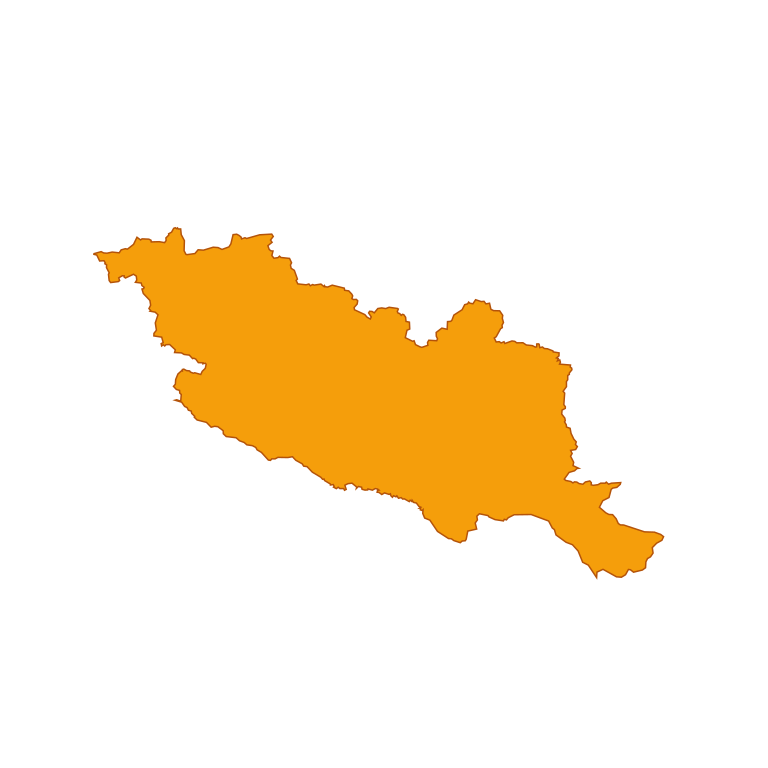 Taunggyi, Shan, Myanmar, rotated 115°
{"feature_id": "60261553B67272669909031", "entity_name": "Taunggyi", "entity_type": "district", "adm_level": 2, "iso_a3": "MMR", "parent_name": "Myanmar", "parent_adm1": "Shan", "projection": "robinson", "projection_center": [96.903, 20.784], "detail": "fine", "context": "isolated", "style": "filled", "palette": "amber", "viewbox_px": 768, "rotation_deg": 115, "n_neighbors": 0, "source": "geoboundaries", "source_scale": "gbopen_adm2", "svg_char_len": 6152}
<svg xmlns="http://www.w3.org/2000/svg" viewBox="0 0 768 768"><g transform="rotate(115 384 384)"><path d="M487.0,566.5L486.0,559.7L488.6,555.2L488.6,552.5L490.4,550.2L490.0,547.3L491.9,545.9L493.3,541.9L494.3,541.9L495.6,538.2L493.8,528.7L496.2,522.4L493.9,519.6L492.9,516.5L494.3,510.0L497.0,508.6L498.3,504.8L495.2,495.3L496.5,491.0L496.1,486.0L497.1,482.6L495.5,477.2L495.7,473.4L497.3,471.2L497.8,466.2L501.8,456.7L501.2,454.6L499.3,454.1L497.9,451.1L495.3,449.1L491.3,440.1L488.6,436.2L490.4,431.7L490.9,424.4L492.4,422.1L491.4,418.8L494.2,411.7L495.2,401.9L496.3,399.4L495.5,398.1L496.6,397.1L497.3,390.4L498.2,389.9L496.6,387.5L497.8,385.9L498.8,386.2L499.0,383.0L496.9,381.9L497.4,379.8L495.8,376.3L497.0,374.9L495.5,373.7L492.3,376.7L489.6,374.6L487.4,371.1L488.9,365.2L490.3,364.9L487.7,363.9L487.0,360.7L488.7,359.4L488.2,356.4L486.9,354.0L485.9,354.2L485.1,349.6L482.5,347.8L481.9,345.4L482.3,343.7L483.2,344.9L485.0,344.5L484.4,342.7L485.1,339.3L482.5,337.5L481.9,332.7L480.8,331.8L482.4,330.5L483.1,328.5L481.2,328.1L481.2,325.5L479.9,325.1L481.4,322.6L479.7,320.4L480.4,318.4L479.5,317.1L479.9,311.4L478.3,311.2L478.7,309.2L477.5,309.4L478.8,307.2L478.2,304.3L480.2,300.6L480.1,298.5L481.4,299.2L481.0,298.5L482.7,297.9L482.5,296.0L481.4,295.5L484.9,294.2L488.3,290.5L488.0,284.9L495.0,273.2L496.8,260.2L495.8,257.5L496.4,254.5L495.6,247.8L493.3,246.8L491.7,244.1L489.9,243.9L481.9,245.9L476.3,238.7L471.4,242.6L467.7,241.9L464.6,244.0L461.3,242.7L459.3,234.1L460.1,232.7L460.0,226.1L457.6,217.9L455.8,217.8L455.4,215.6L452.7,214.9L447.5,210.8L440.1,195.5L438.6,176.9L443.4,170.6L443.9,168.1L448.1,164.3L450.5,152.1L450.0,145.3L453.3,137.5L461.6,128.6L461.8,122.3L469.6,109.5L464.5,111.5L459.4,107.2L460.5,91.8L458.8,87.2L454.8,84.5L448.8,84.1L448.2,82.2L449.1,78.3L443.4,71.2L440.0,69.3L434.5,71.5L430.8,71.4L428.0,69.4L423.5,68.7L418.9,71.7L413.0,69.6L408.2,66.1L404.2,66.1L403.4,69.7L404.0,76.3L407.9,85.4L410.5,107.2L411.8,110.2L411.4,112.7L408.0,116.7L405.8,121.6L407.2,125.1L407.0,128.6L404.7,136.7L397.3,136.4L391.8,132.1L383.4,133.6L381.6,132.6L379.3,129.3L375.1,127.5L373.3,127.8L377.8,136.0L379.9,138.1L379.0,141.1L380.4,141.6L382.3,145.7L384.8,147.5L387.4,151.5L387.8,153.6L385.8,154.4L384.9,156.5L387.7,160.1L390.8,161.4L391.8,165.1L391.4,167.8L392.2,170.0L393.8,171.0L393.4,173.4L394.6,178.6L394.0,180.4L385.9,178.9L382.1,174.6L379.1,173.4L378.1,171.9L378.1,178.2L374.8,179.0L370.6,184.4L367.5,184.1L365.3,186.8L362.4,182.6L359.0,182.3L357.9,184.9L355.2,185.3L353.8,188.6L349.7,193.6L345.5,196.6L345.9,200.4L343.9,201.6L342.0,204.4L340.7,204.2L338.5,205.7L336.2,210.2L332.4,211.6L329.5,209.4L328.0,210.0L326.7,212.3L315.9,216.4L314.9,218.6L309.3,217.5L304.7,219.7L302.5,219.3L298.6,221.1L297.0,220.1L295.7,220.7L291.7,219.7L290.3,220.6L289.9,222.4L288.0,223.0L291.8,233.3L289.7,233.3L287.9,234.9L289.7,236.6L287.3,236.8L287.5,238.7L284.6,237.3L281.8,238.5L283.4,244.2L282.6,244.9L283.0,250.8L284.1,253.7L283.5,256.0L285.2,258.2L282.4,260.2L282.4,261.2L283.2,262.5L285.8,261.4L286.6,262.5L286.5,265.8L288.5,271.5L287.9,275.5L290.6,281.1L290.1,283.5L290.9,286.2L296.2,291.6L295.0,293.1L297.3,295.2L296.9,297.4L298.5,300.1L295.7,303.5L293.8,302.3L284.6,301.7L282.9,300.6L280.8,301.9L277.8,301.7L274.5,304.5L271.6,305.4L268.8,310.1L271.2,315.7L271.1,318.7L266.2,322.5L268.3,325.5L266.8,328.3L268.2,330.7L268.9,336.6L273.7,337.3L274.5,340.4L274.0,341.9L276.0,342.1L278.0,344.4L283.7,344.6L292.0,349.8L297.5,349.4L299.0,350.0L300.6,352.8L307.7,349.9L308.9,355.2L315.2,358.5L318.6,356.8L320.4,354.6L322.5,354.5L325.4,361.9L328.0,362.1L330.4,360.6L334.8,365.2L335.1,367.2L335.0,372.1L332.1,375.0L333.2,376.1L333.0,384.3L325.6,385.9L323.3,383.9L317.2,387.1L318.0,390.5L314.4,392.6L312.8,395.4L313.1,396.8L314.5,397.4L313.5,399.6L313.8,401.2L312.7,402.6L310.0,402.7L309.8,403.6L312.3,411.8L314.9,414.3L316.0,418.2L318.2,421.5L323.6,422.9L323.3,425.5L324.2,427.8L326.1,428.0L328.6,423.9L330.9,423.9L330.6,427.6L329.2,430.7L329.2,442.1L327.3,443.4L322.9,442.1L319.7,443.0L319.0,444.8L320.4,447.5L320.2,449.2L317.4,449.6L316.2,451.1L314.5,455.3L315.7,459.3L313.9,460.5L316.3,472.7L319.9,476.0L320.7,478.4L320.0,479.5L321.1,479.5L320.1,483.4L323.9,489.1L324.0,490.7L326.1,492.3L325.1,494.3L327.0,496.5L329.7,504.4L327.3,507.4L325.5,506.8L318.9,513.3L318.4,517.0L315.7,519.1L313.2,519.0L310.1,522.7L312.9,530.9L312.3,532.7L314.3,533.5L316.5,536.9L315.0,539.9L310.4,540.8L311.1,542.8L310.6,544.9L307.7,547.7L302.9,545.3L301.5,547.7L297.1,546.7L295.6,549.1L301.3,559.7L310.2,570.0L310.2,571.8L312.7,574.4L311.2,575.7L310.6,578.2L310.5,580.8L312.4,583.9L321.7,582.0L325.3,582.5L330.5,587.7L330.5,592.1L332.2,596.6L339.0,604.2L340.9,609.2L345.7,610.5L350.0,617.2L350.2,618.3L347.7,621.5L338.4,625.5L334.3,630.9L329.4,633.8L330.5,636.1L329.8,637.1L330.9,637.7L330.6,639.2L331.8,640.4L336.2,640.7L338.9,642.7L340.0,642.0L343.8,643.4L346.0,642.1L348.6,642.6L350.0,647.8L353.6,655.0L352.2,655.9L352.1,658.3L354.7,664.6L356.3,665.5L355.4,669.9L363.3,670.0L370.2,673.5L370.7,675.6L373.5,678.9L377.0,679.4L379.3,686.1L382.5,690.3L383.7,693.5L383.6,696.3L388.4,701.9L389.1,701.7L388.5,698.8L392.7,693.7L390.6,689.9L392.1,687.7L393.0,687.8L393.2,685.8L395.8,684.7L399.4,680.0L401.0,680.1L406.4,676.8L407.6,674.6L403.5,668.1L402.0,667.3L399.9,669.3L396.5,666.9L395.8,665.1L396.9,664.7L397.2,663.1L390.4,657.4L390.9,654.1L394.3,652.0L396.9,652.3L395.1,646.7L397.1,645.0L397.7,642.3L399.2,642.2L400.2,643.5L403.7,640.4L407.2,631.5L411.2,628.8L415.0,628.9L416.0,626.6L416.9,626.9L415.6,621.8L416.8,618.1L425.3,617.1L431.4,613.0L435.3,613.9L437.7,612.9L435.5,605.3L439.8,601.6L441.6,603.0L443.5,601.6L441.7,600.6L442.2,598.8L440.5,598.2L438.8,594.9L441.2,587.6L444.0,587.1L441.4,580.7L441.7,577.7L440.1,572.6L441.9,568.2L441.0,567.2L441.0,565.1L443.1,561.3L441.3,557.0L442.2,556.7L440.7,554.7L441.3,553.5L445.3,552.6L449.4,554.1L452.8,554.1L453.8,560.3L454.8,561.3L455.0,564.5L454.3,565.7L455.3,568.7L455.1,571.7L456.1,572.9L457.4,572.2L457.6,573.1L462.0,575.0L468.0,574.7L472.4,573.0L475.1,573.8L476.7,569.9L476.2,566.6L478.5,565.3L479.2,563.3L484.6,561.3L485.5,561.2L485.9,565.2L487.0,566.5Z" fill="#f59e0b" stroke="#b45309" stroke-width="1.5"/></g></svg>